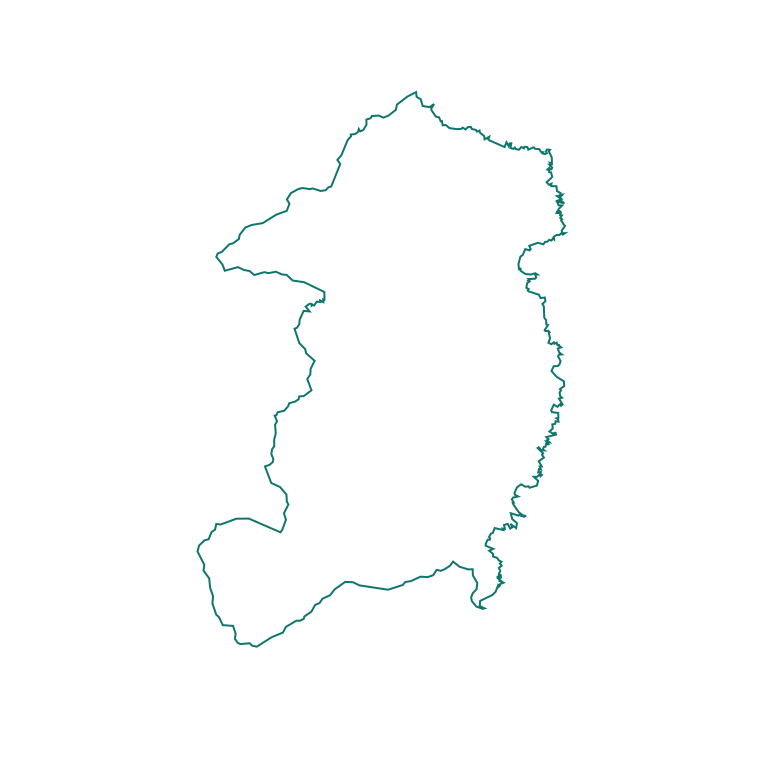 the district of Nossa Senhora Da Lapa, Ribeira Brava, Cabo Verde, rotated 63°
{"feature_id": "66160863B12848359802416", "entity_name": "Nossa Senhora Da Lapa", "entity_type": "district", "adm_level": 2, "iso_a3": "CPV", "parent_name": "Cabo Verde", "parent_adm1": "Ribeira Brava", "projection": "orthographic", "projection_center": [-24.326, 16.654], "detail": "fine", "context": "isolated", "style": "outline", "palette": "teal", "viewbox_px": 768, "rotation_deg": 63, "n_neighbors": 0, "source": "geoboundaries", "source_scale": "gbopen_adm2", "svg_char_len": 6153}
<svg xmlns="http://www.w3.org/2000/svg" viewBox="0 0 768 768"><g transform="rotate(63 384 384)"><path d="M629.5,396.3L625.3,399.5L620.9,396.8L621.2,383.3L619.8,378.9L615.7,374.3L616.8,374.3L616.3,372.4L614.9,372.7L615.3,367.7L611.1,371.1L612.0,369.3L609.3,370.5L609.6,367.7L608.6,367.3L609.0,369.3L607.5,370.4L606.7,367.2L605.5,368.0L603.3,365.3L600.0,365.2L599.3,361.7L596.6,362.3L595.7,360.0L593.4,361.8L590.2,362.2L587.3,365.1L584.8,364.0L580.2,366.0L580.5,361.5L574.3,366.8L572.5,365.9L569.8,362.3L570.8,360.6L569.9,359.5L568.0,359.9L565.9,356.6L566.1,354.6L562.6,350.8L568.3,344.0L566.7,343.9L568.0,342.1L564.1,341.0L564.8,337.3L570.1,337.2L569.9,334.7L566.1,334.8L572.4,331.7L568.3,328.7L562.6,331.1L556.7,329.7L562.4,323.9L561.6,321.9L563.7,321.8L565.8,319.4L566.0,317.3L564.3,319.8L559.5,322.1L550.4,323.4L548.5,323.3L548.8,322.2L544.9,322.5L543.8,320.6L545.1,315.5L542.2,317.6L540.4,317.3L536.5,312.5L535.6,307.4L539.6,304.8L540.9,301.6L542.5,301.4L543.9,293.9L540.3,290.6L534.7,292.7L536.2,289.6L535.3,286.5L537.2,286.5L536.7,284.6L535.4,285.5L533.6,284.3L532.9,286.7L530.2,284.6L531.5,283.0L528.2,282.7L529.0,280.9L523.1,281.2L522.2,274.9L518.8,275.4L518.0,273.7L510.8,276.2L510.6,274.9L514.5,273.9L515.9,271.4L514.4,272.2L512.6,270.0L513.2,268.7L511.5,267.1L512.0,265.8L511.0,266.1L511.7,264.7L509.1,265.4L510.9,263.1L508.0,264.2L507.7,262.5L505.0,263.5L507.1,253.7L505.3,253.4L504.7,256.1L501.4,258.2L500.2,253.8L496.4,252.4L497.2,249.6L495.1,248.0L496.8,245.6L494.4,244.9L492.9,245.8L493.3,244.0L488.9,241.9L485.3,247.2L483.3,247.0L479.5,242.0L483.1,239.7L481.8,235.8L483.8,236.1L483.4,234.2L476.4,234.7L477.1,231.6L474.7,232.5L471.3,231.4L470.1,229.2L468.4,229.5L467.7,224.4L463.3,222.5L456.0,226.9L448.5,228.9L445.2,224.7L446.9,221.0L446.2,218.7L443.8,216.3L438.2,216.3L437.3,214.7L438.4,212.1L435.3,213.6L431.3,213.0L431.8,209.5L429.5,210.7L428.1,209.8L429.1,210.9L427.8,211.8L425.6,211.4L425.5,214.0L423.9,213.8L424.5,216.9L421.9,218.8L418.7,215.3L413.0,213.9L413.1,213.0L411.2,213.4L410.1,216.2L408.9,216.4L405.9,211.1L404.5,212.3L400.7,210.6L397.7,211.1L387.3,206.3L384.6,206.6L383.5,202.6L380.0,201.4L378.5,205.5L374.8,205.4L367.1,213.1L365.7,213.4L365.1,212.0L362.8,213.5L359.1,210.6L358.8,208.0L357.4,208.7L357.3,207.0L356.2,207.5L358.8,201.5L358.0,199.9L355.0,199.7L356.0,197.7L354.0,198.9L353.2,203.3L350.2,208.1L345.1,210.9L343.3,210.0L343.0,211.6L338.1,209.7L332.3,204.5L332.1,201.9L328.0,196.9L331.0,193.6L330.4,192.1L326.8,191.8L328.1,182.7L331.9,178.5L330.5,176.0L331.4,173.8L330.5,171.4L332.2,169.7L330.9,167.4L332.4,166.8L329.9,165.8L329.6,162.3L330.9,160.1L330.2,157.7L332.0,156.9L331.8,154.2L330.6,156.5L328.1,156.1L324.9,150.2L325.0,151.3L318.5,151.9L318.1,150.5L315.9,151.5L314.6,148.9L313.4,150.4L311.8,148.8L310.0,152.7L309.1,151.6L310.4,150.5L310.0,148.8L308.4,150.0L307.5,149.2L305.8,144.3L304.0,147.3L300.1,147.0L304.9,141.3L301.6,142.7L299.3,148.1L299.8,141.9L295.1,144.5L295.9,141.9L297.6,141.9L296.3,138.9L295.5,141.4L294.0,140.0L290.6,142.3L286.1,140.6L283.6,145.2L281.5,143.8L281.6,146.4L278.1,147.5L275.9,140.1L271.4,139.1L270.2,140.6L268.6,139.7L267.1,141.1L266.4,138.6L267.8,138.8L268.7,137.5L267.6,135.9L263.5,137.1L264.3,135.2L262.4,135.6L263.6,134.2L258.4,131.7L251.6,131.5L250.7,129.8L249.1,132.4L250.0,133.9L252.4,134.1L252.1,136.5L250.4,138.1L249.8,136.9L248.5,138.7L245.1,139.1L243.2,142.4L241.0,143.3L240.7,149.0L238.0,148.7L236.4,151.1L237.5,152.4L235.2,153.9L236.5,157.4L234.4,160.1L232.7,160.1L233.2,162.0L231.1,164.2L227.3,161.3L226.7,162.9L228.6,164.9L224.2,165.1L227.6,169.0L214.5,179.7L213.3,180.0L211.5,178.1L211.7,183.3L208.6,182.2L203.4,184.5L201.5,183.8L201.3,186.6L199.3,186.8L196.6,190.0L194.3,189.9L193.2,192.6L194.2,195.7L191.3,197.5L191.8,199.2L190.1,203.2L185.7,209.5L181.3,211.4L180.1,214.3L175.9,213.0L175.6,214.2L171.4,213.9L169.3,216.4L161.6,217.4L160.1,216.9L157.3,212.3L158.0,217.8L153.8,223.3L146.8,222.0L143.0,224.6L138.5,222.9L138.5,232.4L140.9,245.6L145.1,249.0L146.9,258.2L146.4,263.5L142.5,266.8L139.7,273.1L141.1,275.2L140.4,279.7L145.0,281.9L148.3,287.1L148.1,290.4L145.4,290.7L147.6,292.6L148.2,296.3L146.6,300.4L148.3,300.9L150.2,305.7L160.8,318.1L163.2,323.8L168.1,323.1L184.1,341.4L183.6,344.6L184.9,347.9L183.2,352.9L177.5,358.6L176.5,362.0L172.5,367.4L171.4,371.6L171.6,380.1L175.4,386.7L180.5,386.4L185.6,392.1L184.2,403.2L185.6,419.0L182.3,429.5L181.6,436.5L185.5,444.8L188.9,447.4L190.1,454.6L189.3,458.5L192.7,468.6L192.2,472.9L194.6,475.7L204.1,473.7L210.8,474.4L213.6,461.0L218.8,457.1L222.3,452.5L228.0,450.1L230.0,439.9L232.8,436.5L234.9,429.3L240.0,425.3L242.6,421.2L250.3,418.4L257.1,408.9L274.9,395.4L280.8,398.2L282.0,399.0L281.0,399.7L283.5,400.9L280.5,403.0L282.1,403.6L280.1,406.5L282.3,410.7L281.1,411.6L281.4,412.9L279.7,412.2L278.7,414.1L279.5,418.7L285.6,417.3L282.4,422.4L288.3,429.8L292.4,432.5L294.4,436.1L294.1,438.6L309.1,440.9L317.1,438.4L321.2,439.4L331.9,435.3L337.1,442.4L342.1,445.4L344.7,450.1L356.7,451.5L358.3,461.0L356.6,465.1L358.8,467.0L359.3,471.1L358.1,477.2L360.3,479.5L362.5,485.1L360.9,491.5L362.9,494.0L362.6,495.8L368.6,496.2L370.8,499.5L378.9,502.9L383.9,507.3L389.5,509.9L391.4,513.5L395.4,516.2L400.7,516.7L403.1,518.6L404.1,522.7L403.4,527.5L421.0,529.4L428.6,523.4L438.2,521.1L444.8,524.0L448.0,523.9L453.7,531.8L460.4,533.0L467.7,540.8L469.1,543.6L442.5,565.6L437.0,576.7L435.0,593.3L432.6,597.0L437.1,600.7L437.5,604.7L442.7,610.8L441.8,615.0L444.0,622.1L448.5,626.2L463.5,626.2L468.3,629.5L477.9,628.0L486.5,631.4L495.5,632.7L501.6,636.5L513.3,638.2L516.7,636.9L525.7,637.1L531.0,628.3L539.2,629.6L543.3,632.5L548.1,631.9L550.5,630.1L554.0,621.4L557.4,620.2L560.3,616.5L558.6,598.9L559.6,586.9L555.9,581.8L555.1,569.7L556.9,566.0L556.8,562.2L555.0,560.5L553.9,552.1L549.6,545.7L549.9,540.8L547.4,536.4L547.7,527.8L544.5,521.0L542.7,508.4L546.6,501.6L552.3,497.3L569.1,473.8L571.6,458.6L570.1,455.0L571.9,449.3L572.2,439.0L575.9,432.8L576.7,426.9L573.5,421.5L576.2,418.3L576.6,414.3L575.9,407.7L573.6,403.1L581.2,399.6L587.5,393.0L589.3,389.1L594.9,391.7L603.7,391.2L608.9,394.8L610.6,399.7L613.6,403.2L617.3,404.3L624.3,402.7L629.0,398.3L629.5,396.3Z" fill="none" stroke="#0f766e" stroke-width="2"/></g></svg>